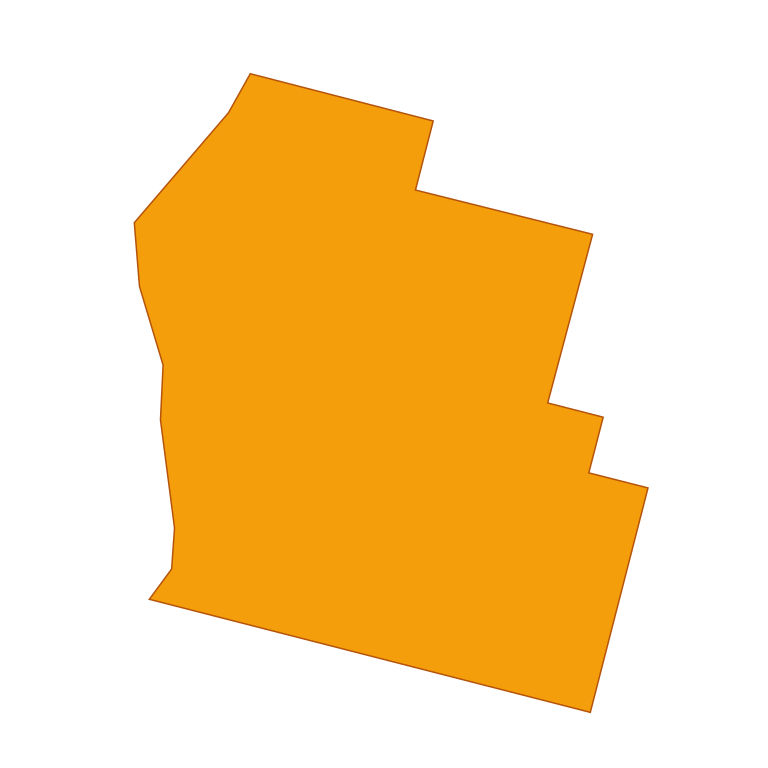 outline of Scott, Illinois, United States of America, rotated 14°
{"feature_id": "52423323B93785778655007", "entity_name": "Scott", "entity_type": "district", "adm_level": 2, "iso_a3": "USA", "parent_name": "United States of America", "parent_adm1": "Illinois", "projection": "robinson", "projection_center": [-90.501, 39.655], "detail": "fine", "context": "isolated", "style": "filled", "palette": "amber", "viewbox_px": 768, "rotation_deg": 14, "n_neighbors": 0, "source": "geoboundaries", "source_scale": "gbopen_adm2", "svg_char_len": 386}
<svg xmlns="http://www.w3.org/2000/svg" viewBox="0 0 768 768"><g transform="rotate(14 384 384)"><path d="M179.2,115.3L167.5,158.4L102.7,287.9L123.1,348.4L165.1,419.1L175.8,472.9L215.6,574.4L222.7,614.9L208.4,649.7L663.6,652.7L665.3,421.0L604.2,420.7L604.7,363.2L547.4,362.8L550.2,188.3L367.6,188.2L368.1,116.9L179.2,115.3Z" fill="#f59e0b" stroke="#b45309" stroke-width="1.5"/></g></svg>